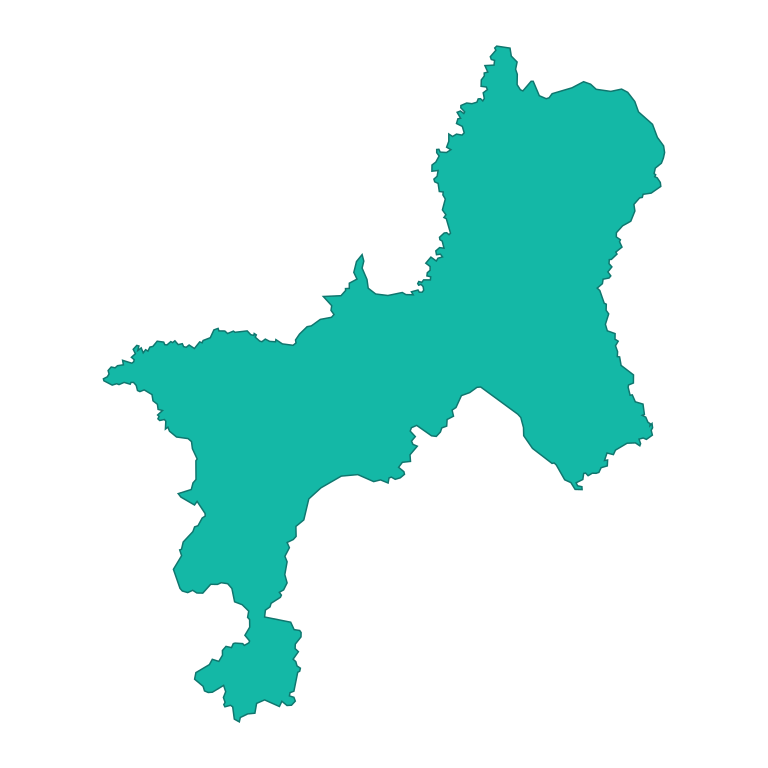 Catalão, Goiás, Brazil (Albers equal-area conic projection)
{"feature_id": "56859067B92835735196425", "entity_name": "Catalão", "entity_type": "district", "adm_level": 2, "iso_a3": "BRA", "parent_name": "Brazil", "parent_adm1": "Goiás", "projection": "albers", "projection_center": [-47.718, -17.979], "detail": "fine", "context": "isolated", "style": "filled", "palette": "teal", "viewbox_px": 768, "rotation_deg": 0, "n_neighbors": 0, "source": "geoboundaries", "source_scale": "gbopen_adm2", "svg_char_len": 6092}
<svg xmlns="http://www.w3.org/2000/svg" viewBox="0 0 768 768"><path d="M239.3,721.9L240.3,717.5L247.7,713.9L254.9,713.2L256.6,703.4L264.6,699.9L279.4,706.5L281.9,701.3L287.0,705.5L291.5,705.2L295.3,701.1L293.9,697.3L289.4,695.9L290.0,692.7L293.9,691.2L297.7,672.3L299.7,671.2L300.4,668.2L297.0,665.9L295.8,661.6L293.1,659.2L298.4,651.7L295.1,648.6L295.3,644.1L301.0,636.9L301.1,632.5L299.7,630.5L294.1,629.6L290.7,622.2L264.6,617.0L265.4,610.1L270.0,606.9L271.1,603.3L280.4,597.3L281.4,595.1L279.3,592.3L283.6,589.9L287.1,582.9L284.8,574.6L287.1,561.8L284.9,556.3L289.4,547.7L287.1,542.5L293.3,539.5L296.1,536.4L295.9,526.4L303.8,519.9L308.8,498.9L321.0,487.8L341.3,476.1L357.8,474.6L373.7,481.6L380.5,479.9L388.1,483.0L389.0,478.0L391.3,477.1L395.2,479.3L400.3,477.8L404.5,474.3L403.9,471.7L398.6,467.3L402.4,462.3L410.5,461.4L410.0,454.8L417.3,446.2L413.0,444.4L411.5,441.1L415.3,436.6L410.2,431.1L411.4,427.7L416.7,425.4L431.5,435.8L436.3,436.4L440.4,432.0L441.8,427.9L446.7,426.1L447.1,419.5L453.5,416.2L452.1,410.1L456.0,407.5L461.4,395.6L469.7,392.6L477.0,387.3L480.7,387.0L517.8,414.2L520.8,417.5L523.5,427.6L523.7,435.7L532.5,448.4L552.0,463.4L554.2,463.0L556.3,465.0L564.7,479.8L570.9,482.6L575.1,489.4L582.1,489.6L581.9,486.7L577.6,485.8L576.1,482.8L582.8,479.5L583.7,473.4L585.6,473.1L588.1,475.7L592.3,473.2L596.1,473.3L598.9,472.4L601.1,467.7L607.3,465.9L607.6,460.0L604.5,460.5L607.0,453.0L613.4,454.6L615.5,450.1L627.1,443.2L635.4,442.9L639.8,445.8L640.6,443.7L639.0,439.1L643.2,438.0L646.4,439.4L652.4,435.1L651.2,430.3L652.6,427.8L652.0,423.5L650.0,425.7L650.2,423.7L647.9,422.2L645.8,417.2L642.2,415.3L644.4,414.4L643.0,404.1L635.3,401.8L632.3,394.9L630.1,395.2L628.1,387.2L628.5,385.0L633.4,383.0L633.5,374.9L621.1,365.4L619.6,356.9L617.3,356.6L617.6,351.7L615.5,345.8L618.2,341.2L615.0,339.2L615.1,333.6L607.3,330.8L605.4,324.3L608.7,313.9L606.1,310.3L606.3,304.2L604.2,303.2L599.8,290.5L597.2,288.1L602.4,283.7L603.1,279.2L609.1,278.0L610.8,275.9L607.9,271.9L611.9,266.9L609.0,263.6L609.3,259.6L611.4,259.4L617.0,254.1L615.8,252.1L622.0,247.1L619.5,241.7L620.4,239.8L616.3,236.9L616.4,232.7L622.6,225.8L630.8,221.2L634.9,211.0L633.9,204.4L639.6,197.9L642.3,197.4L643.1,194.3L651.2,193.1L660.8,186.4L660.3,182.4L657.2,177.8L654.7,176.7L655.7,174.8L654.1,173.6L655.3,168.1L661.4,163.2L663.4,158.0L664.6,152.5L663.6,145.9L657.4,137.4L652.5,124.3L638.5,111.9L634.8,101.5L627.7,92.3L621.6,89.1L610.8,91.4L596.2,89.3L590.6,84.2L583.6,81.7L572.0,87.8L552.1,93.7L549.1,97.8L546.2,98.7L539.3,95.7L533.2,81.3L531.1,81.3L522.9,90.9L520.4,89.8L517.1,84.6L517.3,74.3L515.6,69.3L517.1,62.0L511.3,56.1L510.0,48.1L496.7,46.1L494.7,48.0L495.9,50.2L490.3,56.7L491.3,59.5L494.6,60.4L494.0,65.1L484.9,65.6L487.8,72.1L484.2,73.0L484.3,76.0L481.3,79.9L481.1,86.3L486.3,87.0L487.4,89.6L483.2,92.8L484.3,98.5L482.8,100.9L480.5,98.7L478.2,98.9L476.9,102.2L471.9,103.7L466.7,103.0L460.9,105.5L460.8,107.8L464.7,111.9L463.8,113.5L460.4,111.0L457.1,112.3L460.6,118.3L457.9,118.8L456.5,123.5L462.3,126.4L464.2,132.8L462.0,135.1L456.5,134.1L452.6,136.5L448.8,134.0L448.8,141.3L446.6,147.2L450.9,149.7L446.5,152.5L440.2,152.1L438.9,149.3L436.7,149.5L436.7,152.7L439.1,156.0L435.8,162.1L432.0,165.0L431.9,171.2L438.1,170.5L437.1,176.3L433.9,179.1L434.7,181.8L438.1,183.4L439.3,191.5L443.2,192.0L442.9,194.9L445.3,199.0L442.4,209.9L445.9,214.8L443.9,217.5L446.3,218.7L450.5,233.2L449.0,234.7L446.7,232.7L444.2,233.0L439.5,237.3L439.9,239.7L442.2,241.1L444.0,248.2L439.6,247.6L435.8,250.9L436.5,254.7L440.5,254.2L442.5,256.9L438.0,258.2L436.3,261.0L430.9,257.1L425.8,263.2L430.1,266.5L430.1,270.3L427.3,272.7L426.9,275.9L430.7,276.8L430.4,279.9L423.6,279.9L421.8,282.3L418.8,281.5L417.7,283.6L418.7,285.2L421.1,284.4L423.1,286.6L423.7,290.2L422.2,292.2L419.3,292.2L418.0,290.0L411.4,291.8L413.2,294.8L405.9,294.6L402.3,292.5L387.9,295.5L375.7,294.0L368.2,288.2L367.0,279.5L362.1,268.1L363.8,261.1L362.1,254.6L356.5,261.5L353.8,272.4L357.0,279.1L349.3,283.2L349.3,288.4L345.5,288.6L345.6,290.5L341.0,295.7L323.3,296.5L331.7,305.7L331.0,310.4L334.0,314.5L331.5,317.3L320.3,319.4L311.3,325.9L307.1,326.7L299.5,334.1L295.5,340.0L296.0,342.9L293.1,345.3L282.4,343.9L275.9,339.6L275.5,341.8L269.7,341.4L265.3,339.1L261.9,341.7L259.7,341.1L255.3,337.2L256.3,334.9L254.2,333.5L253.8,335.4L250.8,334.7L247.2,330.9L235.0,332.3L233.4,331.1L227.6,333.5L224.8,331.0L218.9,330.9L218.1,328.4L213.9,329.9L210.3,337.7L203.1,340.5L202.1,342.8L199.7,341.9L194.4,348.5L189.1,345.0L186.2,347.3L183.6,346.6L182.3,343.7L178.2,344.6L174.9,340.8L172.6,342.6L170.8,341.6L167.0,344.9L164.8,344.7L163.7,342.1L157.2,341.2L152.9,346.4L149.9,347.1L147.9,351.1L145.6,349.7L143.2,352.8L141.2,347.9L137.8,350.5L138.9,346.0L136.8,345.4L133.2,349.3L135.4,353.7L131.4,357.3L134.2,359.7L133.7,361.8L131.8,363.2L122.6,360.3L123.4,364.8L117.5,365.7L115.1,367.8L111.2,367.0L108.1,370.5L109.0,374.0L107.3,376.8L103.4,378.8L103.9,380.8L112.2,385.1L116.7,383.7L119.0,384.6L124.1,382.4L130.2,384.2L131.0,382.4L133.5,382.4L136.2,385.4L137.5,390.5L139.9,391.6L144.2,389.9L152.0,394.6L153.0,400.8L157.4,404.3L158.1,409.4L162.5,410.5L157.6,415.0L159.1,416.4L157.9,418.8L159.7,420.5L164.4,419.5L165.8,421.2L165.4,429.1L167.9,427.2L169.5,431.2L176.5,437.0L188.1,438.6L191.5,441.6L192.4,448.7L197.2,459.0L195.9,460.7L196.0,479.5L193.0,482.9L191.3,489.5L178.2,493.6L180.9,497.1L194.5,505.0L197.1,501.4L205.1,513.5L205.2,516.1L202.2,518.0L198.0,525.7L194.6,526.9L192.9,531.6L183.2,542.0L181.5,549.3L179.7,549.9L181.6,555.7L173.4,569.3L180.0,588.4L182.3,591.0L187.7,592.6L192.7,590.3L196.9,593.0L202.8,593.1L210.7,584.3L217.5,584.4L221.2,582.7L227.7,583.7L231.9,588.5L234.6,601.8L242.2,604.7L248.7,611.1L247.6,617.4L249.6,619.6L249.7,627.2L244.9,635.3L249.6,641.0L248.8,642.9L244.3,645.4L242.7,643.6L235.1,643.1L233.3,643.6L231.5,647.6L226.0,646.4L222.4,650.5L222.5,655.2L218.8,661.4L212.3,659.3L209.4,664.6L195.9,672.6L194.6,679.2L203.1,686.3L204.5,690.9L208.2,692.5L212.4,692.2L223.6,685.4L225.7,691.7L223.4,697.5L225.1,702.3L223.8,704.6L224.9,706.8L230.6,705.3L232.7,706.9L234.3,719.1L239.3,721.9Z" fill="#14b8a6" stroke="#0f766e" stroke-width="1.5"/></svg>